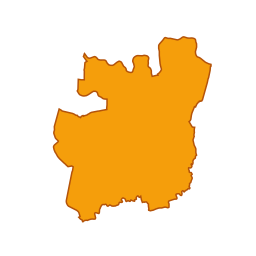 Bang Rachan, Sing Buri, Thailand (orthographic projection), rotated 101°
{"feature_id": "78962969B85882398949234", "entity_name": "Bang Rachan", "entity_type": "district", "adm_level": 2, "iso_a3": "THA", "parent_name": "Thailand", "parent_adm1": "Sing Buri", "projection": "orthographic", "projection_center": [100.278, 14.891], "detail": "fine", "context": "isolated", "style": "filled", "palette": "amber", "viewbox_px": 256, "rotation_deg": 101, "n_neighbors": 0, "source": "geoboundaries", "source_scale": "gbopen_adm2", "svg_char_len": 5756}
<svg xmlns="http://www.w3.org/2000/svg" viewBox="0 0 256 256"><g transform="rotate(101 128 128)"><path d="M198.6,76.7L198.5,75.7L198.7,73.9L198.5,73.3L198.0,72.7L197.6,72.7L194.8,73.2L193.3,74.1L192.9,74.2L192.5,74.1L191.9,73.9L191.4,73.2L189.2,69.2L188.9,68.5L188.6,67.1L188.5,66.9L188.2,66.6L187.8,66.5L187.2,66.6L185.1,67.9L184.7,68.1L184.3,68.2L183.7,68.0L183.1,66.8L182.8,65.4L183.2,64.7L184.0,63.8L184.1,63.1L184.0,62.7L183.5,62.4L183.0,62.4L181.9,62.5L180.8,63.0L180.4,63.1L179.9,63.0L179.4,62.6L179.1,62.2L179.2,61.8L180.0,60.9L180.0,60.6L179.0,60.1L178.6,59.5L177.8,59.0L177.4,58.2L176.2,57.5L176.0,57.2L176.1,56.3L175.9,56.0L175.5,55.8L174.8,55.9L174.1,56.8L173.3,56.7L172.8,56.8L172.2,56.6L171.0,57.0L170.5,56.8L169.6,56.0L167.3,55.8L166.1,55.5L165.0,55.4L164.6,55.5L162.9,56.8L162.5,57.0L162.1,56.9L161.5,56.3L161.1,56.2L159.7,57.4L159.8,58.9L159.6,59.4L159.3,59.5L158.2,59.8L156.8,60.7L155.6,60.9L155.4,60.8L155.4,59.5L155.2,59.0L154.9,58.5L154.4,58.2L153.8,58.0L153.3,58.0L151.9,59.0L151.5,59.1L151.1,58.8L151.4,57.7L149.9,57.5L148.5,57.9L147.6,58.0L146.0,57.4L144.7,56.2L142.9,56.4L142.2,56.0L141.6,55.5L140.0,56.4L138.8,56.8L135.6,57.4L134.4,58.1L132.2,59.8L127.4,61.9L126.8,61.9L125.8,61.7L125.2,61.7L123.6,61.4L122.6,61.9L121.7,62.0L119.4,62.0L118.5,62.4L117.5,62.5L116.4,62.7L114.6,62.7L114.8,64.6L114.6,65.3L110.1,69.3L109.0,68.4L107.6,68.0L103.4,68.2L101.1,68.1L94.4,66.8L94.5,66.1L94.5,65.7L94.3,65.6L93.5,65.6L92.9,65.3L92.1,65.2L91.2,64.9L89.9,64.1L89.2,63.9L88.6,63.0L88.0,63.0L87.9,61.9L87.6,61.7L87.6,61.3L87.4,60.8L86.7,60.7L86.3,60.3L68.0,58.8L64.8,58.8L63.2,58.5L55.8,58.4L51.7,58.8L51.4,58.3L49.7,58.7L49.6,60.9L48.7,64.5L45.7,70.2L45.3,71.3L44.9,73.6L44.4,74.3L43.3,75.2L42.6,75.6L41.6,76.0L40.1,76.4L35.5,76.1L32.2,76.8L30.7,77.8L28.7,78.5L28.2,78.8L27.9,79.2L27.5,80.3L27.4,81.5L27.5,82.8L28.1,85.0L28.3,86.7L27.9,90.2L28.0,91.1L28.5,91.9L29.8,93.1L30.9,94.2L31.8,95.6L32.1,96.4L31.9,103.5L32.4,105.8L32.1,108.4L32.3,109.0L32.7,109.4L35.4,110.7L39.1,112.9L40.5,113.5L41.2,113.6L44.0,113.1L46.7,111.9L50.8,111.1L58.6,108.8L59.8,108.3L60.0,108.3L63.7,106.5L64.1,106.4L64.6,106.4L66.2,106.9L68.6,108.3L69.4,109.2L70.5,108.7L70.6,109.5L72.7,114.1L69.9,115.5L67.4,116.0L65.8,116.9L65.0,117.6L64.0,119.6L63.7,119.9L63.0,120.2L62.4,120.3L60.5,120.4L58.4,121.0L57.7,121.0L56.3,120.9L55.4,121.0L54.9,121.2L54.1,122.0L53.7,122.7L53.5,123.4L53.5,125.6L53.8,126.6L54.2,127.3L54.5,128.4L55.1,132.4L55.6,133.5L56.2,134.3L56.8,134.9L57.7,135.6L58.4,135.9L59.3,136.1L60.6,136.2L61.3,136.1L62.0,135.9L63.3,135.0L64.5,134.4L66.1,133.7L66.8,133.5L69.5,134.0L71.2,134.1L71.6,134.2L72.5,134.7L72.8,135.3L73.0,135.8L73.0,138.1L72.6,139.5L72.2,140.3L71.6,140.8L70.7,141.0L69.9,141.5L69.3,142.1L68.2,144.1L64.9,146.8L64.4,147.5L64.1,148.8L64.1,149.5L64.3,149.8L65.7,151.5L68.8,154.1L69.5,155.3L69.8,157.1L69.7,158.6L69.4,159.3L68.1,161.0L66.4,162.3L65.9,163.2L65.8,163.9L65.9,164.9L66.6,168.3L66.5,170.0L66.2,170.8L64.8,172.4L64.3,173.8L64.3,174.5L64.5,174.9L66.6,178.4L66.9,179.4L66.9,180.1L66.5,181.3L66.0,181.9L63.2,184.9L63.8,185.1L65.1,185.1L66.3,185.4L70.0,181.5L70.3,181.0L71.7,182.5L72.0,182.7L72.3,182.7L77.9,182.1L78.6,182.2L79.7,182.1L80.6,181.7L86.1,180.7L89.0,180.1L89.6,183.1L89.7,186.1L99.5,184.5L100.7,184.6L101.3,184.9L103.8,182.7L104.6,181.5L105.1,179.1L105.0,177.4L104.2,175.1L103.5,174.2L102.7,173.2L99.4,169.9L98.6,169.0L98.2,167.2L98.3,166.4L98.5,165.7L99.1,164.9L101.3,163.7L101.8,163.3L102.2,162.8L103.0,159.9L103.6,158.9L104.0,157.8L104.0,156.4L103.7,154.1L109.3,153.0L112.7,152.7L113.9,152.3L115.6,156.7L116.9,159.8L117.1,160.6L119.6,166.8L120.5,168.1L121.4,168.9L122.2,170.0L123.2,170.9L124.2,173.0L124.9,174.0L124.3,174.4L124.3,174.5L125.3,175.9L125.7,176.2L126.8,176.5L126.5,177.8L126.3,178.9L125.2,180.4L125.5,181.5L124.7,183.4L124.3,185.2L123.9,195.8L123.8,196.1L123.4,196.6L122.5,199.2L140.7,200.6L143.9,199.8L146.2,200.0L147.6,199.7L151.6,197.4L152.6,196.2L153.9,194.1L154.4,193.9L155.2,194.2L156.1,194.9L158.6,196.9L159.4,197.3L160.4,197.5L160.9,197.5L161.3,197.3L163.4,196.4L164.9,195.4L165.8,194.8L166.4,194.1L169.4,191.6L171.2,189.4L174.7,183.9L175.5,182.4L176.3,181.4L177.0,180.1L177.4,179.5L176.4,176.9L176.0,176.1L176.6,174.4L180.7,174.3L181.3,174.4L181.8,174.6L210.9,174.7L212.2,174.5L213.4,174.0L214.8,173.0L215.6,172.2L216.1,171.4L216.4,170.4L218.6,162.7L219.5,161.0L219.9,160.6L220.6,160.0L224.0,158.2L224.6,158.8L225.0,159.3L226.5,157.3L227.2,155.3L228.6,154.7L228.6,154.3L227.1,153.0L226.5,151.3L226.4,150.0L225.7,149.2L224.6,147.1L224.2,145.8L223.9,143.8L223.6,142.9L222.5,142.6L218.8,144.3L218.0,144.4L217.6,144.1L217.3,143.6L217.3,142.8L217.5,141.0L217.5,140.3L217.4,140.2L216.2,140.0L214.1,140.3L213.1,140.3L212.1,140.0L210.9,139.8L209.6,139.4L208.9,139.1L208.1,138.5L207.8,137.9L207.8,136.7L207.1,135.5L207.3,134.7L208.4,133.7L208.6,132.8L207.3,131.5L207.0,131.1L207.2,130.2L207.7,128.9L207.5,127.4L206.9,125.4L206.0,124.3L205.6,123.3L205.2,122.9L204.6,122.6L203.1,122.4L202.6,122.1L202.5,121.9L202.3,120.3L202.1,119.8L201.8,119.5L201.3,119.4L200.9,119.6L200.2,120.7L199.8,120.9L199.3,120.8L198.2,120.3L197.7,119.8L197.6,119.1L198.2,117.4L198.6,116.9L199.7,116.5L200.2,116.1L200.4,115.7L200.4,115.4L199.5,114.4L199.3,113.9L199.7,112.7L199.6,112.0L199.3,111.8L198.4,111.6L198.1,111.4L198.5,109.9L198.7,107.8L198.5,107.6L198.3,107.5L197.2,107.8L196.9,107.4L196.5,106.4L196.2,106.2L195.2,106.6L194.8,106.7L194.0,106.4L193.2,106.0L192.8,105.5L192.8,105.2L193.7,104.1L193.9,103.5L193.8,103.3L192.6,102.5L195.8,101.2L198.3,99.7L197.5,98.0L197.7,97.5L197.2,96.6L197.1,95.8L197.3,95.3L198.3,94.3L198.7,93.5L200.7,93.1L203.7,92.0L203.8,92.0L204.1,92.2L204.8,92.0L205.0,90.3L203.8,87.5L202.2,85.2L200.9,82.9L200.5,81.9L200.0,79.6L198.6,76.7Z" fill="#f59e0b" stroke="#b45309" stroke-width="1.5"/></g></svg>